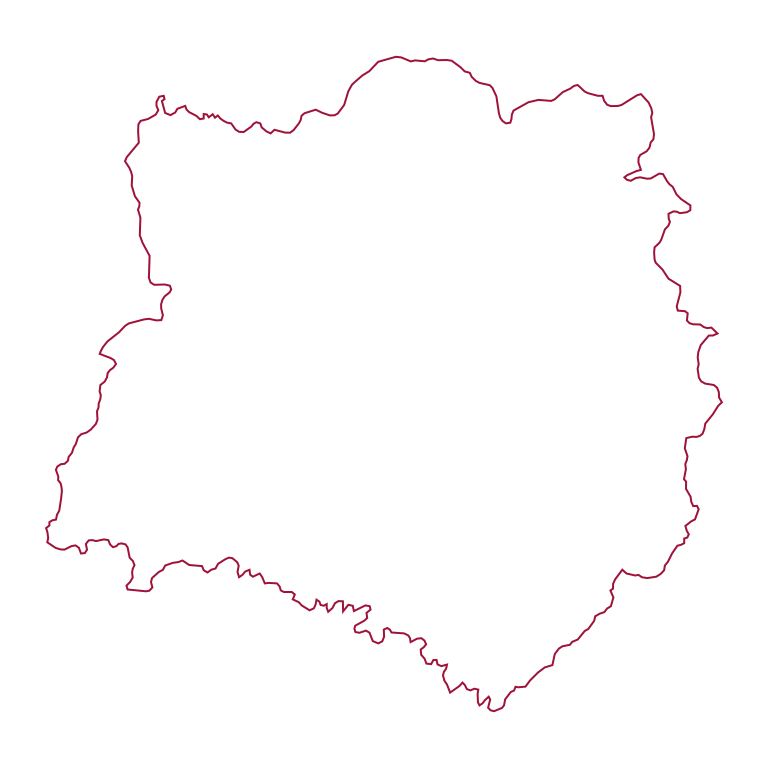 Patrocínio, Minas Gerais, Brazil (Albers equal-area conic projection)
{"feature_id": "56859067B77345042852245", "entity_name": "Patrocínio", "entity_type": "district", "adm_level": 2, "iso_a3": "BRA", "parent_name": "Brazil", "parent_adm1": "Minas Gerais", "projection": "albers", "projection_center": [-47.063, -18.985], "detail": "fine", "context": "isolated", "style": "outline", "palette": "rose", "viewbox_px": 768, "rotation_deg": 0, "n_neighbors": 0, "source": "geoboundaries", "source_scale": "gbopen_adm2", "svg_char_len": 6025}
<svg xmlns="http://www.w3.org/2000/svg" viewBox="0 0 768 768"><path d="M159.3,96.7L156.5,101.9L156.5,105.9L158.3,110.2L155.7,114.6L148.0,119.0L140.6,120.9L138.4,124.4L138.1,130.9L138.8,142.7L126.8,157.1L125.0,161.2L129.3,167.8L131.0,171.6L132.2,176.1L131.7,185.5L134.9,196.2L139.5,202.7L139.3,206.4L138.0,209.7L140.4,217.6L139.8,235.3L142.6,242.9L149.6,255.9L148.9,277.8L150.6,282.5L154.2,284.8L164.7,284.5L169.9,285.7L171.2,289.5L169.7,292.3L164.6,296.4L162.4,299.9L161.1,304.3L161.2,308.5L162.9,315.3L161.3,320.1L156.2,320.4L149.0,318.8L144.1,319.4L128.9,323.4L125.3,325.7L119.1,332.2L107.5,341.4L103.0,347.0L101.0,350.7L99.7,353.9L110.7,358.1L114.0,360.1L116.0,364.0L113.4,367.6L109.9,370.2L107.7,373.0L107.0,377.4L104.7,381.6L100.4,385.0L99.6,391.4L100.8,395.1L100.3,399.2L98.7,403.5L98.5,407.6L97.0,411.3L97.5,419.6L95.9,423.9L90.9,429.5L86.7,432.5L81.3,434.2L78.0,437.3L75.8,444.1L73.8,447.2L71.9,452.9L68.7,456.8L67.9,460.8L64.6,463.8L60.9,464.2L57.4,466.5L55.9,469.8L58.3,476.6L58.1,480.1L60.6,483.3L61.5,487.1L61.9,491.0L61.1,498.6L59.2,510.8L57.0,514.7L56.0,519.6L52.4,520.3L49.4,522.1L49.4,525.5L46.1,528.1L47.4,532.1L48.2,538.0L47.3,542.3L55.6,547.9L60.4,549.4L64.5,549.6L71.5,546.1L75.5,545.4L78.9,547.8L81.0,553.5L84.8,553.1L87.0,549.8L85.9,543.9L88.7,540.4L92.4,540.1L96.0,541.1L103.9,539.4L108.3,540.1L110.1,544.5L113.0,547.2L116.3,546.2L118.6,543.9L121.6,543.4L125.5,544.4L127.6,547.3L129.7,557.8L132.8,560.9L134.5,565.1L132.7,569.0L132.1,572.5L132.7,577.6L130.0,582.1L126.5,585.6L127.6,589.5L146.0,591.3L149.3,590.7L152.4,587.4L151.0,582.1L152.0,578.1L158.9,571.9L162.9,569.9L165.2,565.5L173.0,562.8L178.3,562.1L182.5,560.5L189.2,565.0L202.0,566.1L203.8,570.3L207.5,572.5L211.3,569.7L215.5,568.5L218.1,563.8L225.5,559.1L229.0,557.6L232.4,558.2L237.2,562.2L238.7,565.8L237.5,572.0L239.1,577.2L242.5,574.8L245.3,571.5L249.5,569.8L250.2,574.7L252.9,576.7L259.7,573.5L262.1,576.9L264.8,583.4L268.5,582.9L277.0,583.4L279.6,586.4L280.8,590.4L283.8,592.0L291.8,592.0L294.8,594.5L292.8,599.4L298.8,602.2L301.8,605.5L309.6,610.3L313.9,608.3L315.6,604.5L316.5,599.7L319.4,601.6L320.6,605.0L323.9,605.7L326.7,604.1L326.7,607.8L328.2,611.8L332.4,608.1L335.0,603.2L338.5,601.1L342.9,601.3L343.1,611.4L348.4,604.8L352.8,605.8L353.9,611.1L365.4,605.4L369.7,606.2L370.5,609.7L366.5,612.9L367.2,618.0L364.3,620.7L355.2,625.7L354.4,628.9L355.4,632.0L359.4,632.8L366.0,630.6L369.5,632.7L372.8,641.1L378.3,643.4L382.3,641.3L384.1,636.7L383.8,629.6L387.2,628.0L389.9,629.7L391.5,632.5L404.2,633.4L408.2,635.4L410.0,638.2L410.6,642.1L417.0,638.7L421.3,638.2L424.5,640.6L426.1,644.3L423.9,647.1L420.7,649.5L421.2,654.8L424.6,658.7L426.4,663.6L431.2,664.1L433.3,660.1L436.5,659.9L437.6,664.5L441.4,666.1L447.0,664.6L446.1,668.7L443.9,671.8L443.0,675.5L444.4,680.7L447.0,684.5L450.1,692.6L459.3,686.1L462.5,682.6L464.8,685.0L466.9,689.1L470.4,690.4L474.4,688.7L478.3,689.6L477.6,694.0L478.0,702.4L479.5,705.4L482.6,703.3L484.8,700.3L488.7,696.7L490.2,699.5L488.1,707.7L490.6,710.3L494.1,711.2L502.0,707.9L504.0,705.4L505.2,699.3L510.8,692.0L514.1,690.5L515.5,686.8L518.4,687.3L525.5,686.6L530.0,680.5L538.1,672.4L544.8,667.4L552.4,665.1L554.8,654.0L558.9,648.6L562.4,646.3L569.9,644.8L572.3,641.8L577.8,639.5L584.8,630.9L588.3,629.0L594.2,620.8L595.2,616.3L599.7,613.7L604.4,612.1L607.0,608.6L610.9,606.2L613.4,597.4L610.4,590.5L613.0,588.7L613.1,583.9L615.0,579.6L622.3,569.7L626.5,573.5L635.2,575.5L638.5,574.9L641.9,577.2L647.1,578.1L656.3,576.7L660.6,574.0L664.1,570.3L664.9,565.5L667.9,561.8L672.1,553.4L677.4,545.7L681.0,544.8L684.2,543.2L684.2,538.6L687.3,537.5L688.8,534.3L686.7,530.6L685.4,525.9L691.3,521.3L695.0,519.4L698.7,509.2L697.0,505.9L693.2,506.1L691.2,501.6L690.6,496.8L686.0,488.8L686.1,481.6L684.0,479.2L685.9,469.2L685.3,464.1L686.8,460.2L687.5,456.2L684.8,448.3L686.3,438.1L692.2,436.7L696.6,436.9L699.9,435.9L702.5,433.8L704.3,429.2L705.3,423.6L712.6,414.6L718.3,405.7L721.9,402.3L719.1,397.6L718.8,392.0L717.0,387.6L713.8,385.0L705.2,383.6L701.2,381.4L698.9,377.6L697.6,368.8L698.7,364.4L697.7,357.4L698.3,352.1L700.8,345.0L708.9,335.5L712.9,335.5L717.5,333.5L711.4,327.6L707.2,328.1L703.8,327.1L700.3,324.5L693.3,324.3L689.5,323.2L686.9,320.5L687.7,313.3L685.0,311.2L677.8,310.6L676.7,306.5L680.4,292.4L680.1,285.9L668.5,278.7L662.5,269.6L655.7,262.7L654.6,259.7L654.1,252.4L654.6,247.3L659.6,242.6L661.4,239.3L664.9,229.4L668.4,225.7L669.9,221.9L668.7,218.5L668.5,213.8L673.5,211.4L676.9,211.7L679.9,213.2L687.0,212.2L690.3,210.2L690.4,205.4L681.1,199.1L676.5,194.4L672.7,186.8L669.6,184.4L667.2,181.4L663.0,174.1L659.2,173.6L650.7,178.5L647.0,178.7L640.1,177.3L635.6,178.1L630.8,180.8L626.8,179.7L624.4,177.3L627.3,175.1L636.4,171.1L640.9,169.9L638.4,162.3L638.6,157.9L640.3,154.9L646.6,151.3L649.4,147.8L650.7,142.5L653.4,139.3L654.0,134.1L651.1,117.3L652.3,112.8L651.3,108.3L648.6,102.5L640.9,94.1L637.0,95.3L621.5,105.0L617.7,106.0L610.7,106.1L607.1,104.7L604.1,100.7L602.6,95.8L597.8,95.8L587.8,93.1L584.5,91.4L577.7,85.0L574.0,85.9L570.3,88.6L562.8,92.1L554.6,99.4L551.1,100.9L538.5,99.9L528.5,102.2L513.5,110.6L511.8,114.8L511.5,118.9L510.3,122.7L506.0,123.4L502.4,120.9L500.2,117.7L498.9,113.1L496.4,96.4L492.5,88.0L489.8,85.2L479.5,82.9L475.8,80.9L471.8,77.0L469.8,72.8L464.7,71.4L460.7,67.4L451.7,60.7L446.8,60.0L438.2,60.2L433.0,58.5L428.2,59.4L424.9,61.3L415.1,60.4L410.8,61.4L401.2,57.4L395.9,56.8L378.2,61.8L369.4,71.1L362.2,75.6L354.5,82.3L351.9,84.8L348.3,91.3L344.2,104.9L337.8,113.5L334.5,115.3L329.9,115.4L322.2,112.8L315.7,109.7L304.6,113.2L301.6,115.7L300.6,120.2L298.8,123.5L293.5,130.2L290.1,132.7L285.2,132.6L274.5,129.8L270.6,133.4L266.3,131.3L261.7,127.4L260.3,123.4L256.4,122.2L253.5,123.8L251.3,126.6L243.7,132.0L239.1,131.8L235.5,129.5L231.2,123.4L227.0,122.6L223.5,120.8L220.3,118.5L217.8,115.5L215.0,117.7L212.7,114.2L208.8,117.3L206.9,114.5L203.7,114.0L203.7,118.5L199.9,119.2L196.4,115.9L189.1,112.1L186.5,109.5L185.2,105.9L177.4,108.8L175.2,112.5L170.5,115.1L165.2,113.0L161.9,101.1L164.5,99.1L163.7,95.8L159.3,96.7Z" fill="none" stroke="#9f1239" stroke-width="2"/></svg>